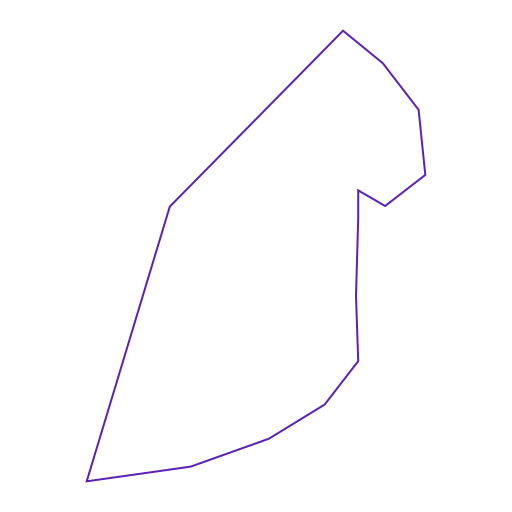 an SVG outline of Acquaviva
{"feature_id": "SMR-4885", "entity_name": "Acquaviva", "entity_type": "state/province", "adm_level": 1, "iso_a3": "SMR", "parent_name": "San Marino", "parent_adm1": "", "projection": "mercator", "projection_center": [12.411, 43.944], "detail": "fine", "context": "isolated", "style": "outline", "palette": "violet", "viewbox_px": 512, "rotation_deg": 0, "n_neighbors": 0, "source": "natural_earth", "source_scale": "10m", "svg_char_len": 314}
<svg xmlns="http://www.w3.org/2000/svg" viewBox="0 0 512 512"><path d="M86.7,481.3L169.8,206.6L297.3,77.2L343.0,30.7L382.8,63.2L418.6,109.8L425.3,174.9L385.1,206.0L358.2,190.4L358.2,218.4L356.0,296.0L358.2,361.1L324.7,404.5L268.9,438.7L190.7,466.6L86.7,481.3Z" fill="none" stroke="#5b21b6" stroke-width="2"/></svg>